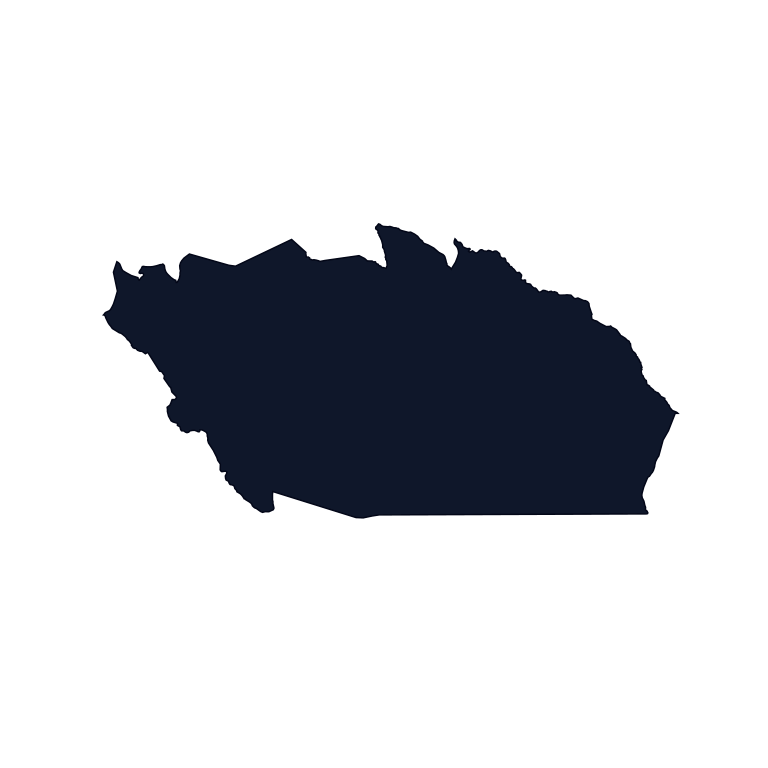 Alpatláhuac, Veracruz, Mexico (Mercator projection), rotated 206°
{"feature_id": "50627088B30858161806263", "entity_name": "Alpatláhuac", "entity_type": "district", "adm_level": 2, "iso_a3": "MEX", "parent_name": "Mexico", "parent_adm1": "Veracruz", "projection": "mercator", "projection_center": [-97.125, 19.099], "detail": "fine", "context": "isolated", "style": "filled", "palette": "ink", "viewbox_px": 768, "rotation_deg": 206, "n_neighbors": 0, "source": "geoboundaries", "source_scale": "gbopen_adm2", "svg_char_len": 6163}
<svg xmlns="http://www.w3.org/2000/svg" viewBox="0 0 768 768"><g transform="rotate(206 384 384)"><path d="M666.4,323.1L665.7,323.3L664.0,322.7L663.3,321.7L659.0,318.3L656.9,317.0L655.2,316.3L652.5,314.8L644.3,314.0L643.1,314.3L641.5,314.2L637.2,313.2L634.9,312.1L634.2,311.5L632.4,311.2L630.4,310.3L628.0,308.9L628.1,308.2L626.3,307.1L625.2,306.6L623.4,306.8L622.5,307.2L620.3,306.3L617.7,306.5L615.7,307.3L611.7,306.6L610.5,308.6L609.3,308.4L591.3,297.2L589.3,297.7L585.0,295.3L584.2,292.5L575.4,287.6L574.2,287.4L571.1,283.8L565.4,281.8L564.5,280.7L564.8,278.9L565.2,278.4L567.6,277.1L567.2,273.2L567.2,271.1L568.7,268.0L567.5,266.2L566.6,264.3L563.6,260.7L559.2,257.6L557.1,257.4L552.6,258.1L552.1,258.0L551.7,256.4L550.5,256.1L549.8,256.3L548.2,255.8L547.5,254.7L546.6,253.8L545.5,253.2L543.3,254.1L541.4,253.7L539.8,253.9L538.4,255.1L537.9,256.8L535.7,258.4L534.0,259.3L531.8,259.6L530.2,259.6L529.2,260.0L529.0,261.0L529.3,262.2L527.9,262.8L526.7,263.0L523.9,262.9L522.2,262.6L520.8,261.3L520.0,259.7L518.6,258.2L517.8,256.2L515.9,254.1L508.4,249.6L502.1,244.8L499.9,242.5L496.0,240.3L493.6,235.0L492.3,234.2L491.3,234.1L488.4,236.1L486.7,236.1L486.2,234.7L486.3,231.8L485.0,229.7L483.8,228.5L480.9,228.4L480.2,227.4L478.8,226.4L478.1,226.2L476.1,226.8L474.4,226.7L473.5,226.2L472.5,224.9L471.5,224.3L469.7,223.7L469.0,222.7L465.1,222.4L463.8,222.0L462.0,221.2L459.2,219.5L458.7,219.9L457.6,219.4L453.3,219.0L451.3,218.6L449.8,217.8L449.0,216.9L446.9,216.2L445.5,216.0L444.3,216.2L439.0,215.3L436.9,215.4L434.8,217.2L431.5,218.7L428.4,222.5L428.5,224.2L431.6,228.1L432.2,229.5L433.4,230.9L435.9,236.0L436.8,238.6L350.6,251.7L344.0,254.6L336.8,260.2L330.9,264.3L90.8,382.5L90.3,383.1L90.4,383.9L91.9,385.1L93.8,385.5L94.9,387.9L96.4,389.3L99.0,392.6L102.0,394.9L103.5,397.0L104.2,399.1L105.4,405.4L106.0,414.5L105.9,416.1L105.0,417.5L104.5,420.9L104.1,422.2L104.0,424.4L104.5,428.2L105.1,429.9L105.9,433.2L105.9,437.1L105.5,439.8L108.6,456.0L107.9,466.7L109.4,485.3L107.0,486.5L107.9,486.8L109.3,486.9L112.8,486.6L113.7,486.8L116.7,488.1L118.1,489.5L118.9,490.0L120.6,490.5L121.6,491.5L124.9,493.0L125.3,494.2L129.1,494.2L130.3,494.4L131.5,495.3L133.8,496.2L136.2,495.9L137.4,496.2L138.4,496.0L139.1,496.8L143.7,497.9L144.5,498.6L146.1,498.8L147.2,498.6L148.2,499.8L149.8,502.1L151.5,502.3L152.3,503.0L153.6,503.6L154.5,504.8L156.1,505.3L158.1,507.6L158.7,508.9L158.5,510.0L159.1,510.7L159.9,511.1L159.4,512.0L161.9,514.5L162.8,516.0L163.8,516.0L164.8,517.2L166.0,518.0L166.8,518.2L168.0,519.4L169.6,519.6L170.2,520.8L172.1,521.9L175.0,522.6L178.2,525.2L180.2,528.3L180.7,528.3L182.4,529.8L185.2,530.1L186.8,530.8L191.0,531.3L192.9,531.3L193.4,531.9L198.7,534.6L200.3,534.8L204.1,534.9L205.7,535.5L206.4,534.7L209.5,533.0L216.8,533.2L220.3,533.8L223.0,533.3L225.6,533.4L227.6,536.5L227.6,537.8L229.2,539.3L233.6,543.8L235.1,546.2L237.1,547.2L239.4,547.2L241.2,546.5L247.4,546.3L249.5,544.5L250.9,544.4L254.9,545.8L258.7,544.3L260.6,543.1L265.2,540.8L267.1,540.9L268.1,541.8L269.4,541.9L271.4,541.6L272.2,540.8L273.4,540.5L274.3,540.7L275.4,539.9L276.7,538.6L278.4,538.9L279.0,538.5L280.1,538.6L282.1,537.9L283.8,535.1L285.4,534.5L288.6,536.2L290.0,536.6L291.4,536.0L294.0,536.6L295.9,537.8L296.8,537.8L299.6,536.9L301.2,537.1L302.3,539.3L303.0,539.3L304.5,538.1L306.1,537.8L307.1,538.5L307.8,541.6L308.2,542.3L310.1,543.2L311.4,543.6L313.2,542.4L314.0,542.3L316.8,543.8L318.1,544.3L319.2,544.3L319.9,544.9L321.0,545.3L322.4,544.9L323.0,545.0L323.4,545.9L324.2,546.4L325.2,546.9L326.9,547.0L328.2,547.6L328.8,548.7L330.2,549.9L330.8,550.0L331.5,549.7L332.1,549.1L333.4,549.0L335.3,549.4L337.4,551.9L340.9,552.7L341.8,552.5L342.7,552.0L343.4,551.4L343.8,550.3L346.9,550.3L348.8,549.8L350.1,548.1L351.2,547.9L352.3,547.4L354.8,547.6L355.6,547.2L356.2,546.7L356.8,545.5L357.0,544.2L358.3,542.2L359.4,541.9L362.8,542.5L364.4,540.4L365.1,540.0L365.5,540.4L366.2,540.4L366.2,541.5L365.7,542.3L365.7,543.0L366.4,543.3L367.1,543.1L367.4,542.5L369.8,541.9L373.2,541.9L375.1,543.7L377.2,544.7L377.8,544.7L379.1,544.0L380.8,544.3L381.5,544.2L382.0,545.0L383.8,545.6L383.6,543.5L383.0,541.9L382.1,540.8L378.9,539.4L377.3,538.3L375.6,536.4L374.2,534.1L373.5,529.9L373.1,524.8L373.9,516.7L375.1,517.4L377.1,517.9L378.5,518.0L379.7,518.6L380.1,519.6L381.3,520.6L382.6,522.3L385.2,525.1L386.2,525.7L387.7,526.2L392.3,526.3L398.8,528.0L405.4,528.3L409.8,527.9L411.6,528.7L412.1,529.3L415.3,529.9L418.5,531.5L422.3,532.1L426.6,532.2L428.5,531.0L435.4,529.6L437.1,529.5L439.3,530.1L439.8,529.8L441.6,529.6L444.1,528.6L444.7,528.7L447.7,528.2L449.3,527.1L453.8,525.3L455.6,525.2L457.4,525.7L458.8,525.6L459.1,525.5L459.8,522.3L460.2,521.5L459.7,520.2L458.9,519.6L457.1,519.5L455.9,518.1L455.8,517.3L455.5,517.0L454.9,516.9L454.1,516.3L453.5,515.3L452.6,515.0L452.4,514.6L450.8,513.5L449.8,512.5L449.5,512.5L446.2,508.6L445.1,506.3L442.5,504.7L442.0,503.7L439.0,500.5L438.4,498.4L437.4,497.7L436.9,496.6L435.6,496.0L433.1,491.9L432.9,488.7L435.2,488.5L435.8,488.2L437.3,487.8L438.6,488.5L440.5,488.2L441.6,489.0L442.2,489.1L442.9,488.8L444.3,489.2L445.2,490.0L445.6,490.0L446.8,489.1L448.6,489.3L452.9,487.3L456.4,488.3L462.7,488.4L491.1,469.2L495.3,466.1L496.7,466.1L499.3,465.6L501.6,464.9L502.5,464.1L504.1,464.0L505.3,463.6L506.1,464.7L507.9,464.9L508.8,464.2L509.5,464.1L511.5,467.0L511.9,468.1L530.4,473.4L569.1,424.8L575.5,422.7L615.9,415.5L619.0,409.4L619.8,406.1L620.0,403.8L619.5,400.8L617.7,397.8L616.6,396.6L616.0,394.4L615.1,392.6L614.2,389.0L614.4,384.7L614.7,384.5L615.2,384.2L616.7,385.9L618.3,385.7L622.1,386.3L626.5,387.8L627.9,388.4L629.5,389.4L631.4,391.3L633.2,394.0L634.7,394.8L635.6,394.7L636.1,393.9L637.3,393.3L640.3,390.5L643.2,388.2L645.3,386.9L649.6,384.9L651.7,384.3L652.7,383.6L652.7,380.3L653.1,379.1L653.1,377.1L652.7,376.5L651.4,376.5L650.2,377.5L648.9,377.8L648.2,377.1L647.6,375.9L647.7,375.4L648.3,374.5L649.0,372.6L649.4,370.1L650.1,370.1L651.1,370.8L651.8,371.7L658.7,370.7L664.7,371.0L668.5,371.4L670.1,372.4L674.0,375.9L675.8,376.6L677.7,376.8L676.2,365.9L664.3,350.6L662.9,342.5L662.2,337.3L662.2,334.2L662.4,331.0L663.0,329.4L665.4,326.5L666.0,325.2L666.0,324.5L666.4,323.1Z" fill="#0f172a" stroke="#020617" stroke-width="1.5"/></g></svg>